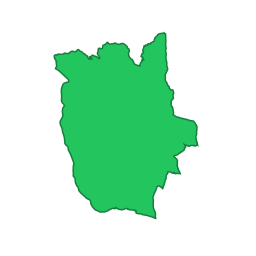 outline of Oiba, Santander, Colombia, rotated 159°
{"feature_id": "7082276B26370830430673", "entity_name": "Oiba", "entity_type": "district", "adm_level": 2, "iso_a3": "COL", "parent_name": "Colombia", "parent_adm1": "Santander", "projection": "robinson", "projection_center": [-73.296, 6.231], "detail": "fine", "context": "isolated", "style": "filled", "palette": "green", "viewbox_px": 256, "rotation_deg": 159, "n_neighbors": 0, "source": "geoboundaries", "source_scale": "gbopen_adm2", "svg_char_len": 5765}
<svg xmlns="http://www.w3.org/2000/svg" viewBox="0 0 256 256"><g transform="rotate(159 128 128)"><path d="M173.3,58.4L171.2,58.6L169.2,57.3L168.2,57.4L168.2,58.0L167.3,57.4L166.7,56.3L165.8,55.5L163.2,53.9L161.6,53.6L158.7,53.6L157.9,53.2L157.4,52.8L157.4,52.2L156.7,51.7L156.1,51.7L155.5,50.8L153.5,50.1L152.2,49.3L151.6,49.2L151.3,48.8L151.2,48.1L150.6,48.3L150.4,48.3L150.3,48.0L150.3,46.8L150.8,46.3L150.9,45.9L150.8,45.6L150.4,45.2L148.6,44.0L146.9,43.4L146.6,43.2L145.9,42.2L145.4,41.9L142.3,40.0L140.0,38.4L138.7,37.1L138.0,37.0L137.3,36.4L135.0,33.9L134.5,33.7L134.2,35.6L133.2,37.6L132.8,39.7L132.9,42.1L133.0,42.7L132.9,44.0L132.5,45.8L131.0,49.9L130.0,51.8L130.1,53.3L129.5,54.4L127.5,56.9L124.5,59.7L122.2,62.4L121.4,63.0L120.9,63.1L120.1,62.9L119.2,62.2L118.9,61.3L118.2,61.2L117.8,60.6L117.6,59.0L117.5,58.9L117.2,59.0L116.6,59.9L113.8,63.2L111.8,66.2L111.1,66.9L110.7,66.9L110.5,67.2L110.3,67.9L109.2,70.2L107.3,71.3L106.8,72.6L106.5,72.7L105.7,72.5L103.8,71.4L103.7,71.2L102.5,69.7L102.3,69.6L101.8,70.0L100.9,70.0L100.6,69.9L100.8,68.8L100.3,68.4L98.7,68.1L96.2,67.0L95.6,66.6L95.6,69.1L95.9,70.2L95.9,71.1L95.7,71.9L95.8,72.4L95.7,73.4L95.8,74.4L95.6,74.9L95.7,75.4L95.4,75.5L95.1,76.2L94.9,76.3L94.5,77.7L94.2,78.2L94.1,78.9L93.5,79.8L93.6,81.2L95.4,85.1L94.7,85.5L91.0,85.3L89.9,85.9L87.8,86.2L87.2,86.6L86.2,86.5L85.4,86.6L84.6,87.2L83.1,87.5L82.6,88.8L81.3,89.3L81.2,89.9L81.2,92.2L80.9,91.7L80.1,91.5L79.7,91.1L79.4,90.2L78.4,89.9L77.7,89.1L77.2,88.9L76.2,89.2L75.5,89.2L74.0,88.6L72.5,87.7L71.5,87.0L69.7,87.3L69.2,86.8L68.9,89.3L68.5,89.9L68.8,90.8L68.7,91.5L68.4,92.3L68.2,94.8L67.5,96.0L66.0,97.8L65.3,100.3L64.2,101.8L64.1,102.5L63.2,104.1L63.3,105.3L63.0,106.1L63.5,106.9L63.6,108.6L64.0,109.5L64.2,110.8L65.6,111.8L67.0,112.4L67.9,113.3L68.6,113.5L69.7,114.8L70.8,115.2L71.9,116.2L74.4,117.9L76.0,118.6L76.4,119.6L78.8,121.0L80.3,123.3L81.2,124.2L79.8,126.3L79.7,127.5L79.0,130.8L79.0,131.9L79.4,132.4L79.6,132.9L79.4,134.7L78.6,135.8L78.3,137.3L78.0,137.8L74.9,139.4L74.5,141.9L74.1,142.6L72.9,144.0L72.8,144.9L72.6,145.3L72.5,147.0L72.7,147.6L74.1,147.8L74.2,148.5L74.9,148.9L74.9,149.8L75.3,150.4L74.7,151.6L75.6,153.6L75.5,154.7L75.6,155.2L75.5,155.9L75.8,157.6L76.1,158.3L76.1,159.3L75.4,160.8L74.3,164.1L73.6,164.9L70.1,168.3L69.7,169.3L69.5,171.6L69.1,173.4L68.4,174.8L67.7,179.1L67.4,180.2L66.0,182.8L64.9,187.6L64.7,188.0L64.1,188.3L63.8,188.8L63.3,191.4L61.5,195.7L59.4,201.8L59.3,202.5L60.1,203.1L60.2,204.0L61.1,203.8L62.6,204.3L64.7,204.7L66.6,204.6L68.1,203.5L70.1,202.8L71.0,202.1L71.4,201.4L71.9,200.9L72.4,199.9L72.7,199.6L74.3,199.6L75.6,199.1L76.5,199.3L77.0,198.4L77.4,198.4L78.6,199.3L79.6,199.3L79.8,199.0L79.9,198.3L80.2,198.1L81.0,198.4L81.3,198.9L81.7,199.1L82.4,198.8L82.6,198.4L82.9,198.2L83.3,198.6L83.7,198.5L83.8,198.3L83.5,198.1L83.9,198.0L83.9,198.4L84.2,198.1L84.6,197.1L86.2,195.5L86.3,195.2L86.5,194.9L86.6,193.9L86.3,193.6L86.7,192.6L87.0,192.4L87.6,192.6L88.1,192.4L90.1,190.3L90.2,190.0L89.7,189.6L89.1,188.8L89.2,188.6L89.5,188.6L89.5,188.4L89.1,188.1L88.8,187.1L88.9,186.9L89.4,186.9L89.0,186.5L88.9,185.9L89.1,185.9L89.5,186.2L90.9,186.2L90.9,185.2L91.8,184.7L92.4,184.7L92.8,184.4L93.5,183.4L94.5,182.5L94.4,181.9L94.5,181.7L95.7,182.1L96.3,182.9L96.9,183.3L97.2,183.3L99.3,185.8L99.3,186.3L99.1,187.1L99.4,190.1L100.4,191.4L100.9,192.6L101.4,194.9L100.7,197.9L99.3,199.2L99.0,199.9L98.9,201.4L99.9,203.1L99.8,203.8L99.6,204.3L100.2,205.7L101.9,208.3L103.3,209.1L106.5,209.3L107.7,210.0L109.4,211.9L109.9,212.1L111.1,211.9L111.5,211.7L112.9,212.4L114.8,212.7L116.1,214.0L116.1,215.1L116.3,215.2L117.0,215.3L117.9,214.7L119.7,214.2L121.8,214.1L122.1,213.8L122.6,212.6L123.0,212.0L123.7,211.5L124.3,211.5L126.2,212.8L127.0,212.7L127.7,212.1L127.9,211.8L128.2,210.6L128.6,210.0L129.4,209.3L129.9,208.4L130.0,207.5L129.6,206.4L129.2,203.9L129.4,203.4L129.9,203.1L130.6,203.8L130.9,204.0L131.4,205.4L132.0,206.1L133.5,207.2L134.6,208.4L135.0,208.7L135.5,208.7L136.9,207.9L138.1,208.2L138.4,208.1L138.5,207.7L138.3,207.2L136.8,206.1L136.8,205.8L137.0,205.5L138.3,205.6L139.7,206.3L140.1,207.3L140.2,208.6L140.0,209.5L140.1,209.8L140.9,210.2L141.2,211.2L141.7,212.0L141.7,212.4L142.1,212.9L143.0,213.5L143.7,215.4L144.1,216.0L145.2,216.9L145.7,217.7L145.8,218.5L146.3,219.0L146.9,219.1L147.4,219.0L148.9,218.1L150.0,218.1L150.9,218.3L151.2,218.8L152.3,219.7L154.1,219.8L156.6,218.8L158.8,219.6L159.3,220.0L160.4,220.7L160.9,220.6L161.3,220.3L162.1,220.3L163.0,220.4L167.2,222.1L167.4,221.6L167.7,221.5L169.6,222.3L170.4,222.2L171.0,221.8L171.5,220.1L171.6,219.2L171.1,216.9L171.2,215.0L171.6,214.8L172.4,211.5L172.7,211.0L173.8,210.2L174.4,209.3L172.6,207.2L170.5,203.3L167.2,196.5L166.6,195.4L166.4,194.7L166.5,192.8L167.1,192.3L168.6,192.5L169.3,192.7L171.7,192.7L172.7,192.2L173.6,191.5L175.9,188.7L177.0,186.5L178.6,181.3L179.7,178.7L180.1,178.2L180.4,176.8L180.4,175.1L179.5,173.4L179.4,171.9L179.7,171.3L181.4,170.2L182.4,169.0L183.5,166.7L184.0,164.1L184.3,163.1L184.8,162.3L185.7,161.3L188.0,159.4L188.9,158.5L189.3,157.8L189.6,157.0L189.9,155.3L189.7,151.0L190.2,149.0L190.5,146.9L190.6,144.1L190.9,141.6L192.4,136.3L192.4,135.7L192.1,134.4L190.9,132.4L190.9,131.4L191.3,130.2L191.5,128.0L191.0,123.7L191.1,115.6L191.6,113.4L192.2,112.9L192.9,111.6L194.7,107.3L195.2,105.3L196.3,103.0L196.3,102.4L195.6,100.8L195.6,99.6L196.5,96.7L196.7,95.3L196.5,94.4L196.6,92.6L196.0,91.2L195.9,90.8L195.9,89.2L196.3,88.1L196.2,86.6L195.0,83.4L194.1,82.0L193.5,80.6L192.5,78.8L192.1,77.7L191.0,76.2L189.6,74.7L189.2,73.7L189.4,71.9L189.5,71.5L189.9,70.8L189.9,70.5L189.6,69.9L189.7,68.4L189.5,67.4L188.6,64.8L188.2,63.9L187.6,63.0L185.5,61.1L184.7,60.0L183.4,59.2L182.0,58.9L181.2,58.4L179.2,57.9L177.2,58.1L175.8,57.9L174.5,58.5L173.3,58.4Z" fill="#22c55e" stroke="#15803d" stroke-width="1.5"/></g></svg>